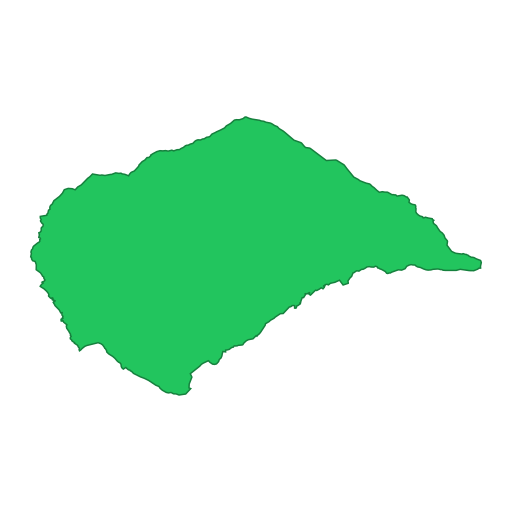 Rosia, Bihor, Romania (Robinson projection)
{"feature_id": "2599482B74663584597770", "entity_name": "Rosia", "entity_type": "district", "adm_level": 2, "iso_a3": "ROU", "parent_name": "Romania", "parent_adm1": "Bihor", "projection": "robinson", "projection_center": [22.429, 46.826], "detail": "fine", "context": "isolated", "style": "filled", "palette": "green", "viewbox_px": 512, "rotation_deg": 0, "n_neighbors": 0, "source": "geoboundaries", "source_scale": "gbopen_adm2", "svg_char_len": 5986}
<svg xmlns="http://www.w3.org/2000/svg" viewBox="0 0 512 512"><path d="M480.6,268.1L480.5,266.2L481.3,262.6L480.8,260.9L480.4,260.4L476.2,258.8L474.0,257.6L472.7,257.3L471.4,257.3L468.7,255.9L468.2,255.3L466.8,254.8L466.5,254.5L464.9,254.3L463.5,253.7L462.8,253.7L462.2,254.1L456.0,253.3L455.0,253.0L451.6,251.4L447.0,245.2L447.5,241.4L447.2,240.6L445.0,238.0L444.0,235.1L442.3,233.0L440.1,231.4L437.9,228.3L436.4,225.7L433.5,223.4L433.0,221.2L433.8,220.3L432.5,219.5L432.2,218.7L428.2,218.0L425.4,217.2L423.8,217.9L422.9,217.6L422.8,217.0L422.2,216.6L420.2,216.1L418.5,215.1L416.6,213.3L415.8,211.8L416.0,208.6L415.6,207.6L415.8,206.5L415.5,205.3L415.3,205.0L414.0,204.6L412.9,204.5L411.0,203.8L409.0,202.3L409.3,200.6L409.3,199.9L407.2,197.0L406.5,197.1L404.0,195.6L402.0,195.2L397.0,196.1L396.0,195.1L395.1,194.8L394.3,194.9L393.2,194.6L392.0,194.7L387.6,192.2L384.6,192.1L382.3,191.7L379.4,192.3L376.9,190.4L374.1,187.7L372.1,186.3L370.4,184.5L369.4,183.9L366.0,183.1L359.8,180.7L358.5,179.6L353.8,177.1L347.0,168.8L344.2,165.0L336.7,160.3L335.7,160.0L326.3,160.5L310.4,148.5L309.6,148.1L305.5,147.5L304.1,146.1L301.6,143.1L300.8,142.6L294.0,140.2L284.5,132.1L283.1,131.0L279.1,128.6L277.3,126.6L274.7,125.6L271.6,123.6L270.1,123.0L265.8,122.2L263.9,121.3L261.0,120.9L259.6,120.3L252.0,119.1L249.1,118.3L246.1,117.0L245.1,117.0L243.0,118.6L239.3,119.8L236.5,119.7L234.4,120.1L230.5,123.5L226.3,125.9L224.6,127.9L220.2,130.2L216.3,131.9L215.6,132.4L211.9,134.1L209.9,136.5L208.9,136.9L206.5,137.3L204.2,138.8L202.5,139.0L200.5,140.0L198.0,139.8L196.4,140.3L194.8,141.3L192.9,143.4L190.2,144.1L188.2,145.2L187.0,145.2L185.5,145.7L183.3,147.5L181.2,148.4L179.5,149.6L177.1,149.7L173.7,150.9L171.8,150.2L168.2,151.1L165.5,150.6L162.9,150.9L160.0,150.7L156.8,151.6L152.7,153.8L150.7,155.1L150.8,155.7L149.1,157.4L147.0,157.6L144.8,160.1L142.2,161.6L139.0,165.0L138.7,166.2L136.3,168.9L134.3,171.0L131.3,172.3L130.5,173.0L129.4,174.4L128.6,175.8L124.8,174.3L122.1,173.9L121.3,173.3L120.6,173.2L118.9,173.4L116.5,173.0L115.6,172.9L111.3,174.5L110.6,174.4L105.0,175.5L101.8,175.0L100.0,175.3L92.5,174.0L89.8,176.8L87.7,178.3L81.3,184.9L77.7,187.0L75.2,189.8L72.2,188.7L68.2,188.4L64.3,189.7L62.5,193.1L59.5,196.4L53.9,200.7L52.2,204.1L50.6,205.4L50.0,206.6L49.8,207.7L50.0,209.2L48.5,210.2L47.9,213.2L46.9,214.2L46.8,215.3L40.3,216.4L40.3,218.0L41.2,219.6L40.5,220.7L40.7,221.6L41.5,222.4L41.8,223.1L43.2,224.3L43.1,225.6L42.7,226.7L41.8,227.2L41.2,228.1L41.2,230.9L40.6,231.5L40.0,232.4L38.9,232.7L39.1,234.1L39.4,234.7L39.2,235.4L39.2,236.1L39.0,236.3L38.8,237.5L40.0,237.9L40.5,238.9L39.7,239.6L39.9,241.1L39.4,241.6L39.1,242.2L37.7,242.9L33.7,246.1L33.0,247.1L32.6,248.8L31.4,250.2L31.2,251.5L30.9,252.0L31.4,253.4L30.7,256.9L31.5,257.6L31.6,259.0L32.6,260.7L35.2,261.5L36.3,264.7L36.2,269.7L40.5,272.8L42.0,275.0L42.5,276.1L43.7,276.9L44.0,278.6L45.0,280.0L44.5,280.8L43.6,281.5L43.0,281.6L42.0,282.2L43.1,283.1L41.9,284.0L40.5,285.7L40.2,286.4L44.0,288.8L46.7,291.3L48.4,293.5L48.9,294.8L48.6,295.4L48.6,296.1L50.4,298.0L51.1,298.4L52.1,297.8L52.7,298.0L52.9,298.3L52.7,298.7L53.0,299.2L52.2,299.3L52.4,299.9L54.7,300.6L54.5,300.9L54.9,301.1L54.7,301.5L54.0,301.4L53.2,302.3L54.7,304.8L55.0,305.6L59.2,309.9L60.8,312.9L62.0,312.7L61.8,313.4L62.0,315.1L63.0,316.3L62.5,317.6L62.8,317.6L62.9,318.4L61.2,319.1L61.0,319.7L61.2,321.0L62.1,321.1L62.6,320.5L63.1,320.8L63.7,322.2L66.9,324.8L66.3,326.1L66.7,328.2L69.2,331.8L69.4,332.6L70.1,333.4L70.5,334.2L70.5,334.7L70.3,335.1L71.2,336.4L70.4,337.3L70.3,337.9L70.3,338.8L71.8,340.1L71.8,340.6L72.2,341.1L74.6,342.7L74.4,343.2L77.3,345.1L77.9,345.8L78.1,346.7L79.4,348.1L79.1,349.7L79.5,350.8L80.7,350.0L82.1,348.5L84.9,346.3L86.8,345.5L98.1,342.7L101.1,343.8L102.6,344.9L104.2,347.1L104.8,348.3L105.4,348.7L106.6,350.7L106.7,351.9L108.7,353.9L112.7,356.4L114.9,358.3L117.3,361.1L118.6,362.2L119.8,362.7L121.0,364.2L121.3,366.6L121.9,367.8L123.3,369.1L125.8,367.5L128.4,369.8L129.9,370.1L130.4,370.9L131.5,371.3L133.5,373.4L140.5,376.9L144.3,378.3L148.6,380.4L155.8,385.2L159.0,386.5L160.1,388.3L162.3,390.2L166.2,392.4L168.4,392.9L171.1,392.5L173.5,393.8L176.1,393.9L179.0,395.0L185.7,394.0L190.7,388.6L189.0,387.9L189.2,384.0L191.9,377.1L190.3,373.7L199.7,366.2L201.4,364.3L203.3,363.1L208.4,360.7L209.9,362.3L212.5,364.1L214.5,364.4L216.5,363.9L218.6,361.6L219.3,359.5L221.0,358.0L221.9,355.9L222.3,353.6L222.9,351.5L225.6,351.9L225.6,350.1L227.3,349.9L229.2,349.4L231.7,347.5L233.4,347.1L234.1,346.0L234.7,345.8L235.3,346.0L237.3,345.8L238.3,345.3L242.0,345.0L242.8,344.7L244.0,342.9L246.4,340.7L248.4,339.7L253.0,338.8L256.2,335.6L256.9,336.2L258.5,334.3L259.2,334.0L260.7,332.1L265.1,325.4L265.5,323.7L269.1,321.6L270.4,320.3L274.0,318.3L275.2,317.1L280.3,313.7L283.2,313.5L289.4,306.9L290.5,306.8L291.4,306.3L292.1,305.6L293.9,305.5L294.6,305.7L294.6,308.1L295.9,308.2L296.4,307.4L296.9,305.8L297.8,305.6L299.9,304.1L299.9,303.2L300.4,303.4L301.0,300.8L302.2,297.7L303.6,297.6L305.3,294.9L305.2,293.8L305.9,293.6L306.8,294.0L309.3,292.6L309.6,292.8L309.1,294.3L310.5,295.1L315.5,290.2L316.7,290.5L319.4,289.1L321.2,287.8L323.0,288.8L324.3,287.3L324.2,286.4L323.1,285.8L325.0,285.8L325.1,284.7L326.9,284.3L328.4,284.9L330.4,283.3L334.9,282.3L339.5,280.2L343.1,285.0L348.2,283.3L348.2,282.2L347.9,281.0L350.2,277.7L351.6,276.5L353.0,272.9L353.7,272.8L356.6,270.8L359.0,271.1L361.0,269.7L361.9,269.3L363.0,269.3L364.7,268.5L367.1,266.9L369.3,266.6L371.1,267.0L373.9,267.1L375.3,266.2L377.1,266.7L377.8,268.0L378.8,268.1L379.5,268.7L381.7,269.5L384.6,271.1L385.4,271.6L386.6,273.2L387.8,273.5L389.0,273.0L390.3,273.0L391.6,272.2L398.3,269.8L401.7,270.1L405.1,268.7L406.7,266.3L409.1,265.1L411.1,264.6L413.1,265.0L414.9,265.0L416.0,266.0L417.6,266.9L420.5,267.5L423.7,269.0L426.1,269.8L428.1,270.1L430.9,269.9L433.1,269.3L437.4,269.0L438.8,269.1L440.6,269.6L441.9,269.6L443.0,270.2L445.6,270.4L456.2,270.4L460.2,269.3L469.3,270.6L473.8,270.7L477.8,269.1L478.8,268.2L480.6,268.1Z" fill="#22c55e" stroke="#15803d" stroke-width="1.5"/></svg>